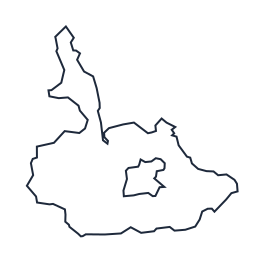 the district of Kollo, Tillabéri, Niger, rotated 176°
{"feature_id": "23599985B29201413246391", "entity_name": "Kollo", "entity_type": "district", "adm_level": 2, "iso_a3": "NER", "parent_name": "Niger", "parent_adm1": "Tillabéri", "projection": "orthographic", "projection_center": [2.24, 13.192], "detail": "fine", "context": "isolated", "style": "outline", "palette": "slate", "viewbox_px": 256, "rotation_deg": 176, "n_neighbors": 0, "source": "geoboundaries", "source_scale": "gbopen_adm2", "svg_char_len": 1616}
<svg xmlns="http://www.w3.org/2000/svg" viewBox="0 0 256 256"><g transform="rotate(176 128 128)"><path d="M47.6,38.5L35.1,49.8L29.4,55.8L23.1,57.1L23.2,64.8L25.4,68.9L33.0,74.8L41.4,74.6L45.7,78.7L52.7,79.5L60.9,82.3L66.7,88.2L68.0,94.1L71.2,95.3L78.7,107.2L80.2,116.0L84.5,117.6L82.3,119.5L84.5,123.2L80.8,125.7L89.2,130.7L93.8,135.1L100.5,128.6L100.3,123.1L104.8,121.9L108.5,121.4L121.7,133.0L132.6,131.9L147.0,129.2L152.2,124.9L152.2,120.5L148.9,116.5L149.6,113.8L153.8,117.5L154.6,135.3L156.9,147.2L154.8,149.9L154.6,155.1L156.5,170.0L159.2,181.9L167.9,187.4L174.0,199.6L170.7,205.8L174.4,208.9L177.2,209.2L179.1,217.3L175.8,221.8L182.9,233.6L189.4,228.1L194.2,224.0L193.9,222.3L192.7,212.3L194.1,209.6L187.5,190.3L190.2,181.7L191.4,177.8L201.7,171.1L204.7,171.1L204.2,165.1L195.0,162.6L185.8,162.7L175.8,153.7L174.8,148.7L167.6,138.9L170.9,130.5L176.9,126.4L191.4,129.3L202.9,118.4L220.2,115.8L220.9,104.9L225.2,103.8L227.3,99.7L226.7,94.3L225.9,87.6L232.9,77.4L224.5,66.1L223.9,60.0L211.6,57.3L208.1,57.5L196.6,51.2L196.4,45.9L197.1,38.9L193.7,35.6L193.3,33.5L185.1,26.0L182.6,23.2L180.7,23.3L177.5,24.9L158.7,23.4L142.4,23.3L132.2,28.8L122.2,22.5L109.2,23.2L106.6,25.7L93.3,26.4L88.8,22.4L85.5,22.4L77.9,22.5L67.8,25.0L62.9,31.7L59.8,39.5L54.1,41.9L50.0,41.7L47.6,38.5ZM95.9,66.7L100.6,66.7L105.4,58.3L108.1,58.3L112.3,61.8L121.4,61.4L127.0,60.4L136.9,60.2L136.9,65.9L132.6,77.2L133.1,85.5L130.3,88.1L120.6,88.7L119.4,90.6L117.6,95.7L113.2,92.8L107.0,93.0L102.4,95.9L97.6,94.6L93.8,90.3L94.4,85.3L95.6,83.7L102.3,82.9L103.5,77.5L105.3,75.9L95.9,66.7Z" fill="none" stroke="#1e293b" stroke-width="2"/></g></svg>